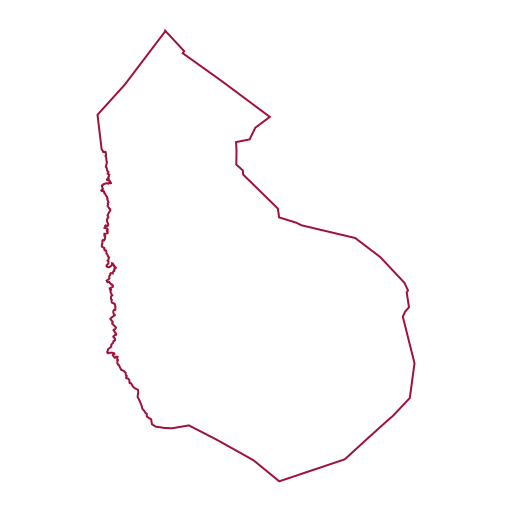 Cochoapa el Grande, Guerrero, Mexico (Albers equal-area conic projection)
{"feature_id": "50627088B69738836017174", "entity_name": "Cochoapa el Grande", "entity_type": "district", "adm_level": 2, "iso_a3": "MEX", "parent_name": "Mexico", "parent_adm1": "Guerrero", "projection": "albers", "projection_center": [-98.516, 17.123], "detail": "fine", "context": "isolated", "style": "outline", "palette": "rose", "viewbox_px": 512, "rotation_deg": 0, "n_neighbors": 0, "source": "geoboundaries", "source_scale": "gbopen_adm2", "svg_char_len": 6012}
<svg xmlns="http://www.w3.org/2000/svg" viewBox="0 0 512 512"><path d="M409.8,398.0L414.5,363.2L402.8,316.7L405.2,311.5L409.0,307.3L406.7,292.5L408.0,290.4L404.5,282.9L380.3,257.1L355.2,238.0L301.5,225.3L296.0,222.6L279.1,217.4L277.9,208.6L243.2,174.6L242.8,170.4L236.3,164.5L236.5,151.0L236.1,142.1L249.6,139.4L255.3,127.7L269.8,116.9L221.2,80.7L182.7,53.2L184.2,51.2L165.2,30.7L165.0,31.6L124.8,84.6L97.5,114.8L101.6,149.1L102.1,150.1L102.8,150.9L103.2,152.0L103.9,151.7L104.6,152.2L105.1,151.8L105.7,152.1L106.1,155.0L105.5,155.8L105.7,156.6L106.0,156.9L106.3,158.0L106.3,159.7L106.5,160.8L106.9,161.6L106.8,163.3L106.3,164.3L106.3,165.4L105.8,166.3L106.0,167.2L106.6,167.7L107.3,170.9L108.4,172.0L107.6,173.7L109.2,174.5L108.9,175.2L109.0,175.9L108.4,176.8L108.3,177.5L108.7,178.0L107.3,178.9L106.9,179.5L107.2,180.2L108.2,180.5L108.8,179.9L109.6,180.7L110.8,182.6L110.9,183.1L110.0,183.3L109.2,182.9L108.7,183.0L108.2,183.7L106.4,183.2L105.3,183.5L104.6,184.0L103.6,184.1L103.0,184.9L101.9,185.4L102.5,188.2L102.9,188.8L101.3,190.4L101.7,191.0L102.7,191.2L103.3,190.9L104.0,191.4L104.3,193.1L105.0,193.4L105.6,194.9L106.5,196.3L107.2,196.9L107.2,198.2L107.6,198.8L107.3,199.6L108.5,202.3L107.8,203.2L108.1,204.4L107.5,205.8L107.7,206.2L108.1,206.7L108.5,207.3L108.8,207.7L109.1,208.1L109.2,208.6L109.4,208.8L110.0,208.9L110.2,209.2L110.3,209.5L110.3,210.0L110.2,210.7L109.4,211.8L108.7,213.0L107.5,215.4L107.5,215.7L107.9,216.0L108.1,216.3L108.4,217.1L108.3,217.5L108.1,217.8L107.3,218.6L107.2,218.8L107.2,219.2L107.1,219.4L107.0,219.5L107.1,220.1L107.0,220.6L107.1,221.3L107.1,221.5L107.2,221.9L108.0,223.5L108.2,224.0L108.3,224.2L108.0,225.2L107.9,225.7L107.7,225.8L107.5,226.0L107.1,226.0L106.0,225.4L105.7,225.3L105.2,225.7L105.4,226.6L104.5,227.8L105.7,228.3L106.5,228.3L106.9,228.4L107.2,228.6L107.5,229.0L107.7,229.3L107.6,229.7L107.0,230.4L106.8,230.6L106.8,230.8L106.9,231.1L107.0,231.1L107.3,231.1L107.6,231.1L107.7,231.4L107.6,232.0L107.7,233.0L105.7,233.8L104.4,233.8L104.3,235.6L105.2,235.9L105.2,237.5L104.8,238.2L104.9,239.0L104.1,240.3L103.3,240.0L102.7,240.1L102.4,240.8L102.6,241.4L102.3,242.3L102.3,243.4L101.9,244.8L101.8,245.3L101.7,246.0L101.9,246.5L102.1,246.8L102.3,247.0L102.7,247.2L103.3,247.5L104.1,247.8L104.5,248.2L104.2,248.8L104.6,250.3L104.8,250.4L105.5,250.4L105.8,250.4L106.0,250.5L106.1,250.8L106.4,251.8L106.4,252.2L106.4,252.8L106.4,253.4L106.9,253.8L107.0,254.0L107.8,255.5L107.9,256.0L108.2,256.6L108.7,256.9L108.9,257.3L109.1,257.6L108.5,258.7L108.5,260.0L107.6,260.7L108.6,262.2L108.3,263.6L107.0,264.9L106.6,265.2L106.5,266.1L106.8,266.4L106.9,266.6L107.3,266.9L108.1,267.0L108.6,267.2L108.8,267.2L109.2,267.2L109.4,267.1L111.7,265.4L112.1,263.2L112.7,263.5L113.0,263.8L113.1,264.8L113.3,265.0L113.9,265.3L114.2,265.5L114.3,265.7L114.4,266.2L114.2,266.7L114.7,267.3L115.4,267.1L115.8,267.5L115.5,268.4L114.4,268.9L113.9,270.1L114.4,270.9L114.1,271.2L113.4,271.5L112.6,272.7L112.7,273.4L111.0,273.1L110.3,273.7L110.1,275.2L109.6,275.5L109.2,276.4L109.4,278.5L108.8,279.1L106.6,280.7L107.3,282.0L107.6,282.2L107.9,282.3L108.7,281.9L109.2,281.9L109.4,282.0L109.8,282.6L110.0,283.3L110.3,283.5L110.6,283.6L111.0,283.9L111.4,284.7L111.7,284.8L112.1,284.7L112.3,284.7L112.8,285.4L112.9,286.7L112.0,287.3L109.7,288.3L109.9,289.4L110.9,289.5L111.1,290.1L110.6,290.7L110.5,291.9L111.2,293.7L112.3,295.3L111.2,296.1L111.0,297.8L111.0,299.1L111.8,299.9L111.5,301.1L111.8,302.5L112.7,303.1L113.1,303.1L113.4,303.2L113.8,303.6L114.6,303.7L114.7,303.8L114.8,304.0L114.8,304.5L115.0,305.0L115.4,306.6L115.4,307.4L115.2,308.3L115.3,308.7L115.4,309.0L115.4,309.4L115.2,309.8L114.7,309.9L114.1,310.0L113.9,310.1L113.7,310.2L113.3,311.5L113.3,312.4L113.5,313.3L113.8,313.9L114.8,314.9L114.9,315.1L114.8,315.3L114.6,315.5L113.8,315.8L112.4,316.9L111.9,317.4L111.1,317.9L110.4,318.7L110.3,318.9L110.4,319.1L110.7,319.5L111.4,320.2L111.6,320.4L111.8,320.8L112.3,321.3L112.7,321.9L112.7,322.2L112.7,322.4L112.6,322.6L112.3,322.8L112.2,323.4L112.2,323.7L112.3,323.8L112.4,324.0L113.0,324.4L114.6,326.1L115.4,326.9L115.8,327.2L115.9,327.3L115.9,327.7L115.8,327.9L115.4,328.6L115.1,329.1L114.7,329.4L113.8,329.7L113.6,329.9L113.5,330.1L113.6,330.3L113.8,330.7L114.1,331.1L114.8,332.0L115.1,332.6L115.5,332.9L115.9,333.4L116.1,333.7L116.2,334.3L116.2,334.6L116.0,334.8L115.6,334.7L115.4,334.7L113.3,336.5L113.4,336.9L113.6,337.3L114.6,338.1L114.9,338.3L115.1,338.8L115.1,339.6L115.0,340.0L114.9,340.4L114.5,340.8L114.3,340.8L113.8,340.8L113.6,340.9L113.1,342.8L111.3,344.6L111.2,346.8L108.9,348.5L108.0,349.4L107.7,350.7L107.3,351.3L107.2,352.2L107.3,352.5L107.8,353.2L108.0,353.3L108.3,353.2L108.5,353.0L108.7,352.8L108.9,352.8L110.0,352.8L111.2,352.7L112.0,352.7L112.9,352.9L113.6,353.0L114.1,353.3L114.3,353.5L114.4,353.9L114.4,354.1L114.0,354.1L113.2,354.1L112.9,355.4L113.5,356.2L114.5,357.6L114.7,357.8L114.9,357.8L116.1,356.7L116.4,356.7L117.3,356.7L117.6,356.8L117.5,357.5L117.2,358.6L117.2,358.9L117.3,359.3L117.7,359.7L118.0,360.0L117.9,360.3L117.6,360.7L117.3,360.8L117.4,363.4L118.1,364.7L119.1,365.2L119.4,366.3L121.2,369.8L122.3,370.3L123.9,370.9L124.4,371.6L125.4,372.5L125.6,372.7L125.8,374.8L126.1,375.4L126.7,375.8L126.7,376.3L126.2,377.2L126.2,377.7L126.2,378.1L126.4,378.2L126.8,378.4L127.6,378.4L127.9,378.5L128.5,379.0L129.2,379.9L129.4,380.3L129.3,381.1L129.5,381.3L129.5,382.8L129.8,383.2L131.0,383.2L132.9,386.5L133.5,387.1L133.9,387.5L135.3,388.5L135.8,388.8L137.8,389.7L138.0,389.8L138.2,392.0L137.6,396.7L137.7,397.1L138.0,397.9L138.5,398.5L139.6,400.7L140.7,403.4L141.2,404.7L141.6,405.6L141.8,406.3L142.0,407.6L142.4,408.7L142.9,409.4L144.3,411.0L144.9,411.8L145.3,412.7L145.8,413.2L146.5,413.5L146.8,413.8L146.8,414.2L146.7,414.5L146.8,416.1L146.8,416.3L147.1,416.7L147.4,417.0L148.1,417.4L149.2,418.3L149.7,418.6L150.4,418.8L151.2,419.4L151.6,422.3L152.0,424.2L155.5,426.6L164.1,427.9L171.9,428.3L188.9,425.4L216.5,439.6L253.4,460.2L279.2,481.3L344.8,459.3L369.4,436.8L388.2,419.9L392.8,416.0L409.8,398.0Z" fill="none" stroke="#9f1239" stroke-width="2"/></svg>